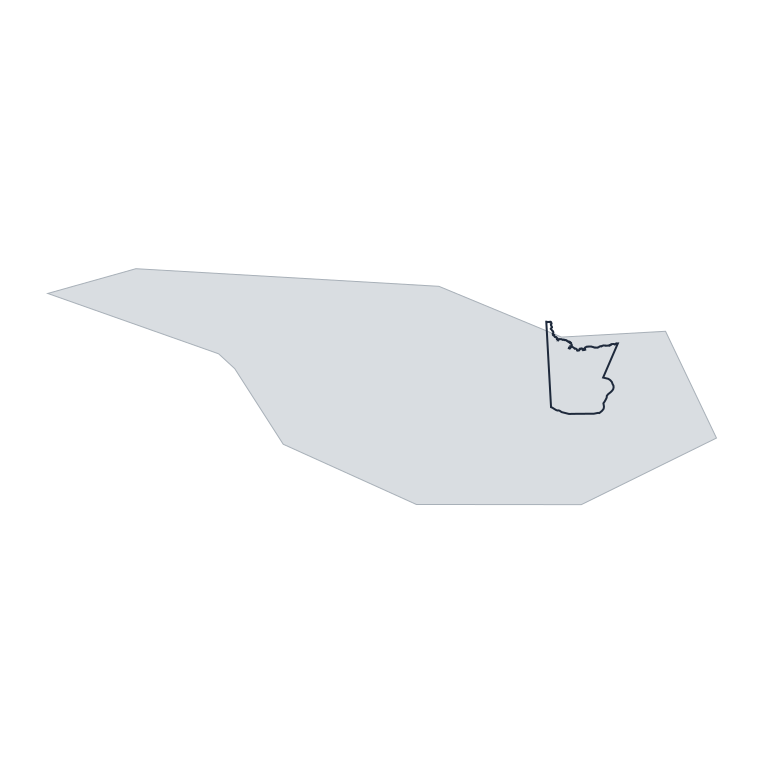 Ngersuul, Airai, Palau shown in context, rotated 264°
{"feature_id": "81905179B1106200869758", "entity_name": "Ngersuul", "entity_type": "district", "adm_level": 2, "iso_a3": "PLW", "parent_name": "Palau", "parent_adm1": "Airai", "projection": "albers", "projection_center": [134.596, 7.428], "detail": "fine", "context": "in_parent", "style": "outline", "palette": "slate", "viewbox_px": 768, "rotation_deg": 264, "n_neighbors": 0, "source": "geoboundaries", "source_scale": "gbopen_adm2", "svg_char_len": 4811}
<svg xmlns="http://www.w3.org/2000/svg" viewBox="0 0 768 768"><g transform="rotate(264 384 384)"><path d="M407.0,669.5L295.5,709.0L243.4,567.6L260.8,403.6L334.6,277.5L414.8,237.2L431.3,222.7L509.2,59.0L524.6,149.3L475.4,448.8L412.1,565.4L407.0,669.5Z" fill="#d9dde1" stroke="#a8b0b8" stroke-width="1"/><path d="M399.9,620.8L400.0,619.8L400.1,619.6L400.1,619.2L399.9,618.8L399.7,618.5L399.5,618.2L399.1,617.7L399.3,617.4L399.6,617.2L399.7,616.8L399.8,616.5L399.8,615.8L399.9,614.8L399.8,614.3L399.8,614.1L399.5,613.9L399.2,613.8L399.2,613.7L399.3,613.3L399.2,612.7L398.9,612.7L398.9,612.4L398.7,612.4L398.5,612.2L398.8,610.9L398.8,609.6L398.9,609.2L398.8,608.7L398.9,608.3L399.1,608.2L399.1,607.9L399.2,607.4L399.4,606.5L399.2,605.1L399.1,604.8L398.9,604.7L398.8,604.4L398.9,604.0L398.7,603.9L398.9,603.2L398.8,602.9L398.8,602.4L398.7,602.1L398.3,601.6L398.0,601.0L398.1,600.6L398.0,600.4L397.9,600.2L397.8,599.9L398.0,599.0L398.1,598.7L398.0,598.4L398.1,598.1L398.1,597.8L398.3,597.6L398.3,597.4L398.2,597.3L398.2,597.1L398.3,596.8L398.6,596.5L398.9,595.8L399.1,595.5L399.1,595.1L399.2,594.8L399.6,594.1L399.6,593.7L399.7,593.2L399.8,592.2L399.8,591.7L399.9,591.3L399.8,591.0L399.9,590.3L399.8,590.0L399.9,589.8L399.9,589.3L399.8,589.0L399.5,588.6L399.2,588.1L399.2,587.8L398.8,587.5L398.5,587.4L398.2,587.4L397.9,587.6L397.7,587.6L397.3,587.7L397.1,587.7L397.1,587.4L397.1,587.0L397.2,586.5L397.0,586.3L396.9,586.3L396.9,586.1L397.1,586.2L397.5,586.1L398.1,585.6L398.0,585.4L397.9,585.2L398.0,585.2L398.5,584.8L398.7,584.2L398.5,583.9L398.4,583.6L398.7,583.5L398.6,583.1L398.5,582.8L398.6,582.6L398.3,582.3L398.3,582.1L398.1,582.0L397.9,582.1L397.5,581.9L397.5,581.7L397.4,581.6L397.0,581.5L396.9,581.3L396.9,581.2L397.0,580.9L397.0,580.5L397.1,580.4L397.2,580.2L397.0,579.7L397.3,579.5L397.5,579.5L397.8,579.5L398.2,579.4L398.4,579.3L398.8,578.7L399.1,578.5L399.2,578.3L399.3,578.0L399.3,577.6L399.2,577.4L399.4,577.2L399.6,577.2L399.8,577.0L400.1,576.6L400.5,576.2L401.1,575.4L401.5,574.4L401.4,574.2L401.0,573.7L400.8,573.6L400.1,572.6L399.8,572.6L399.1,572.6L399.4,572.5L399.8,572.4L400.0,572.3L400.2,572.0L400.3,571.6L400.8,571.8L400.7,572.1L400.8,572.5L401.1,572.9L401.2,573.1L401.4,573.2L401.7,573.2L401.6,573.4L401.6,573.6L402.1,574.1L402.3,574.1L402.4,574.4L402.7,574.6L403.0,574.7L403.0,574.8L403.5,574.8L403.8,574.7L404.6,574.2L404.8,574.0L405.0,573.9L404.9,573.7L405.0,573.6L405.1,573.8L405.2,574.1L405.3,574.1L405.5,574.2L405.8,573.7L405.7,573.6L405.9,573.5L406.3,573.2L406.1,573.0L406.0,572.9L406.1,572.7L406.2,572.9L406.3,572.8L406.6,573.0L406.7,572.8L406.7,572.6L407.2,571.6L407.7,570.5L407.9,570.6L408.0,570.5L408.0,570.4L408.2,570.2L408.4,570.0L408.5,569.9L408.7,569.4L408.8,569.2L408.8,568.9L408.9,568.5L408.8,568.4L408.9,568.2L409.0,568.3L409.1,568.2L409.2,567.8L409.1,567.7L409.3,567.5L409.4,567.3L409.4,567.2L409.4,566.9L409.4,566.7L409.2,566.6L409.2,566.4L409.5,566.2L409.7,565.6L409.8,565.5L409.8,565.3L409.9,565.2L410.0,565.1L410.1,564.8L410.1,564.7L410.1,564.4L410.2,563.9L410.2,563.6L410.2,563.3L410.1,563.2L410.2,562.8L410.1,562.6L409.9,562.4L410.0,562.4L409.9,562.2L409.7,562.0L409.6,561.6L409.9,561.7L410.2,561.5L410.3,561.3L410.5,561.4L410.9,561.3L411.0,561.4L411.4,561.1L411.6,560.8L411.8,560.7L411.7,560.6L411.9,560.6L412.0,560.4L412.2,560.2L412.3,560.2L412.5,560.2L412.8,559.9L413.0,559.5L412.9,559.4L412.9,559.2L412.9,558.9L413.3,558.6L413.6,558.5L413.8,558.4L414.4,558.3L414.5,558.2L414.6,557.9L414.6,557.7L414.9,557.4L415.0,557.5L415.0,557.4L415.4,557.4L415.8,557.2L416.1,557.0L416.3,557.0L416.5,557.3L416.8,557.5L417.2,557.8L417.7,557.8L417.9,557.8L418.0,557.7L418.3,557.6L418.6,557.6L418.9,557.4L419.0,557.4L419.1,557.2L419.4,556.9L419.5,556.8L419.9,556.6L420.0,556.6L420.4,556.4L420.8,556.2L421.0,555.9L421.2,555.7L421.4,555.6L421.6,555.8L421.7,556.0L421.8,556.0L422.0,556.0L422.2,556.3L422.4,556.6L422.5,556.7L422.7,556.8L422.8,557.0L423.2,557.0L423.3,556.9L423.8,556.8L424.0,556.6L424.3,556.5L424.5,556.3L425.2,556.2L425.4,556.2L425.4,556.3L425.5,556.4L426.0,556.3L426.1,556.5L426.3,556.7L426.5,556.9L426.9,556.7L427.2,556.7L427.3,556.8L427.7,556.8L428.0,556.7L428.4,556.3L428.5,556.2L428.5,555.9L428.5,555.5L428.5,555.4L428.3,555.1L428.5,554.8L428.5,554.6L428.5,554.4L428.5,554.2L428.5,553.8L428.5,553.7L428.5,553.4L428.5,553.2L428.6,552.8L428.7,552.6L428.9,552.4L428.8,552.2L428.7,552.2L428.8,551.9L343.5,547.7L343.0,548.7L340.2,552.3L339.5,553.7L339.5,554.9L338.9,556.1L337.5,557.7L334.9,564.8L334.1,573.8L332.5,589.5L332.9,593.9L332.6,595.1L334.4,597.9L336.2,599.7L337.2,600.1L338.7,600.4L340.4,600.3L341.9,600.2L343.5,601.6L345.2,602.8L347.1,604.0L349.0,604.4L350.4,605.8L352.2,608.6L353.6,610.3L354.9,611.4L356.7,612.0L358.5,612.0L359.8,611.4L362.2,610.8L364.2,609.4L365.7,607.6L367.5,602.6L399.9,620.8Z" fill="none" stroke="#1e293b" stroke-width="2"/></g></svg>